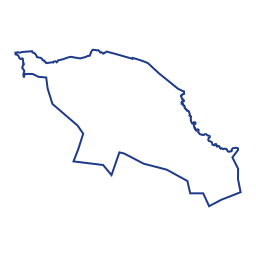 the district of Altanbulag, Selenge, Mongolia
{"feature_id": "93677404B4874653776406", "entity_name": "Altanbulag", "entity_type": "district", "adm_level": 2, "iso_a3": "MNG", "parent_name": "Mongolia", "parent_adm1": "Selenge", "projection": "mercator", "projection_center": [106.819, 50.071], "detail": "fine", "context": "isolated", "style": "outline", "palette": "blue", "viewbox_px": 256, "rotation_deg": 0, "n_neighbors": 0, "source": "geoboundaries", "source_scale": "gbopen_adm2", "svg_char_len": 5399}
<svg xmlns="http://www.w3.org/2000/svg" viewBox="0 0 256 256"><path d="M238.0,148.4L236.5,147.8L235.3,147.8L234.1,148.1L233.5,148.1L232.9,148.2L231.9,149.3L231.8,149.6L231.7,149.8L231.7,150.2L231.8,150.4L231.8,150.7L231.6,151.1L231.1,151.4L230.2,151.3L229.2,151.8L228.8,151.8L228.3,151.6L227.7,151.0L227.4,150.8L227.1,150.3L227.0,149.8L226.9,149.5L226.6,149.2L226.2,149.0L225.6,148.8L225.0,148.7L224.3,148.8L223.6,149.2L223.3,149.1L222.6,148.6L222.4,148.5L222.0,148.7L221.6,148.4L221.5,148.5L221.3,148.6L221.1,148.6L220.7,148.7L220.2,148.3L220.0,148.0L219.8,147.5L219.7,147.0L219.5,146.6L219.3,146.4L219.0,146.1L218.8,146.0L218.5,146.0L218.3,146.0L217.5,146.5L217.3,146.6L217.0,146.5L216.7,146.4L216.6,146.1L216.5,145.6L216.6,145.0L216.5,144.7L216.1,144.1L215.9,144.0L215.5,144.0L215.2,144.1L215.0,144.4L214.9,144.6L214.7,145.0L214.4,145.2L214.2,145.3L213.4,145.1L212.6,144.7L212.4,144.5L212.3,144.3L212.3,143.8L212.3,143.6L212.1,143.0L211.9,142.5L211.5,141.9L210.7,141.5L210.2,141.3L209.7,141.3L209.2,141.1L208.8,140.8L208.6,140.6L208.4,140.2L208.3,139.7L208.3,139.2L208.5,138.6L208.6,138.4L208.7,138.1L208.9,137.9L209.6,137.5L209.8,137.3L209.8,137.0L209.7,136.2L209.5,135.9L209.3,135.8L209.0,135.7L208.2,135.6L207.4,135.4L207.0,135.0L206.4,134.4L205.9,134.1L204.8,134.2L204.2,134.7L203.8,134.9L203.5,135.0L203.3,135.0L203.0,135.0L202.9,134.9L202.8,134.7L202.6,134.6L201.6,134.7L201.1,134.6L199.9,134.2L199.7,134.1L199.3,133.3L199.1,133.1L198.4,132.5L198.1,132.1L198.1,131.9L198.1,131.5L198.5,130.9L198.6,130.6L198.7,130.1L198.6,129.9L198.4,129.6L198.2,129.5L197.5,129.3L197.1,129.4L196.8,129.6L196.6,129.8L196.1,130.6L195.9,130.5L195.7,129.8L195.5,129.5L194.7,128.8L194.7,128.7L194.8,128.4L195.1,128.1L195.1,127.9L194.9,127.6L194.4,127.5L194.3,127.3L194.4,127.1L193.9,126.3L193.8,126.0L193.9,125.4L194.0,125.1L194.1,124.8L195.0,124.1L195.3,123.8L195.5,123.5L195.5,123.1L195.5,122.9L195.4,122.7L195.1,122.3L194.9,122.2L193.8,122.4L193.6,122.5L193.4,122.6L193.2,122.8L193.1,123.3L193.0,123.5L192.8,123.7L192.5,123.7L192.3,123.6L191.9,123.1L191.5,122.3L190.8,120.6L190.8,120.3L191.0,119.7L190.8,119.1L190.7,118.4L190.7,117.9L190.9,117.4L191.1,117.0L191.1,116.7L190.8,116.2L190.6,116.1L190.1,116.0L189.8,115.9L189.5,115.6L189.5,115.4L189.5,115.2L189.8,114.6L189.8,114.3L189.7,113.9L189.6,113.4L189.3,112.7L188.7,111.2L188.3,110.9L188.0,110.8L187.4,110.9L187.1,110.8L187.0,110.6L187.0,110.3L187.0,110.2L186.9,110.0L186.5,110.0L186.4,109.7L186.2,109.5L186.2,109.3L186.2,109.2L185.8,109.0L185.5,108.8L185.2,108.7L185.1,108.3L184.8,108.0L184.9,107.7L184.7,107.6L184.5,107.4L184.5,107.2L184.6,106.9L184.6,106.5L184.7,106.4L184.6,106.2L184.4,106.1L184.2,105.6L184.0,105.4L183.7,105.5L183.3,105.4L183.1,105.3L183.0,105.0L182.9,104.7L182.9,104.4L183.0,104.1L183.0,103.9L182.9,103.7L182.3,103.4L182.1,103.4L181.6,103.6L181.5,102.6L181.6,102.3L181.7,102.2L182.0,102.1L182.0,101.6L182.8,101.2L183.1,101.2L183.4,101.3L183.6,101.4L184.0,100.8L184.0,100.7L183.7,100.5L183.5,100.4L183.5,100.2L183.3,99.6L183.0,99.4L182.5,99.4L181.9,98.8L181.9,98.3L181.7,97.5L181.5,97.3L181.5,97.1L181.5,96.9L181.0,96.4L180.9,95.9L181.0,95.5L181.3,95.4L181.8,95.1L182.0,95.0L182.0,94.7L183.0,94.1L183.6,94.1L183.8,94.1L184.0,94.0L184.1,93.7L184.0,91.5L182.4,90.9L177.9,88.7L158.9,73.3L155.9,70.5L147.9,63.1L143.0,61.1L136.5,59.0L132.6,57.9L132.5,58.8L114.0,53.5L111.1,52.8L106.8,51.6L105.6,52.3L103.3,53.6L103.0,53.1L102.5,52.7L102.0,52.6L101.4,52.3L101.1,52.3L100.7,52.6L100.4,52.6L100.2,52.5L100.0,52.3L99.5,51.2L98.2,50.2L97.7,50.2L96.7,50.4L95.2,49.9L94.6,50.0L93.6,49.8L92.6,49.8L92.3,50.3L91.9,50.7L91.5,51.3L91.3,51.7L91.1,52.2L90.9,53.0L90.6,53.4L89.6,55.8L87.6,56.0L87.3,56.1L86.8,56.5L85.0,57.1L84.3,57.4L84.0,57.4L80.4,58.4L79.9,58.3L79.4,58.3L75.2,57.6L73.7,57.4L73.2,57.1L72.6,57.1L71.5,56.9L70.5,56.9L69.3,57.1L68.1,57.5L67.2,57.7L64.8,58.6L62.4,59.4L58.1,60.4L57.7,61.2L57.5,61.7L56.7,62.3L56.3,61.9L55.7,61.3L54.0,61.5L53.9,61.7L53.2,62.5L52.6,62.4L52.5,62.2L49.9,62.6L48.6,62.9L48.0,62.9L46.3,63.1L45.9,62.8L45.7,62.2L45.5,61.8L45.1,61.5L44.5,61.5L44.3,61.0L44.1,60.5L44.0,60.4L43.1,60.4L42.9,60.3L42.7,60.1L42.3,59.5L42.1,59.0L41.9,58.7L41.6,58.5L41.2,58.3L41.0,58.1L40.7,57.9L36.9,57.1L36.8,56.4L36.5,55.9L36.2,55.4L36.0,54.9L35.6,54.3L34.6,53.5L34.4,53.1L34.1,52.8L33.8,52.7L33.3,52.8L32.9,52.6L32.3,52.2L32.0,51.2L26.0,51.7L25.7,51.7L21.7,52.1L21.3,52.2L20.0,52.7L17.6,52.2L16.9,52.5L16.5,52.6L16.2,52.7L16.2,52.9L16.0,53.0L15.8,53.0L15.7,52.9L15.4,52.8L15.4,53.2L15.5,54.0L15.6,54.3L15.8,54.5L16.0,54.6L16.3,54.7L16.7,54.7L17.0,54.7L18.0,55.3L18.3,55.7L19.5,58.1L19.9,58.6L20.3,58.9L20.6,59.0L21.0,58.9L22.1,58.4L22.3,58.4L22.6,58.5L23.0,59.8L23.0,61.0L23.3,62.1L23.2,62.5L23.1,63.0L23.3,63.5L23.7,63.6L23.8,63.8L23.9,64.1L23.8,64.4L23.7,64.7L23.1,64.9L22.8,65.5L22.7,65.8L22.7,66.2L22.7,66.8L22.3,67.3L22.2,67.6L22.2,67.8L22.3,68.0L22.7,68.6L23.1,69.2L23.7,69.8L23.8,69.9L23.8,70.2L24.0,70.5L24.3,71.0L24.3,71.4L24.2,71.7L23.8,72.3L23.7,72.8L23.6,73.2L23.7,73.5L23.7,73.9L23.5,74.4L23.4,74.5L23.5,74.9L23.5,75.8L23.8,77.5L24.9,73.9L32.7,74.0L38.4,76.8L46.2,77.5L47.6,88.4L52.4,103.9L77.6,125.6L83.2,133.7L78.3,149.1L73.5,161.4L103.1,165.0L111.5,175.1L119.4,152.4L124.1,153.5L143.7,163.7L166.8,169.7L187.4,181.0L190.2,193.3L203.2,193.3L209.1,206.2L221.2,199.8L240.6,192.2L238.0,179.1L238.1,168.7L232.4,157.4L238.0,150.0L238.0,149.1L238.0,148.7L238.0,148.4Z" fill="none" stroke="#1e3a8a" stroke-width="2"/></svg>